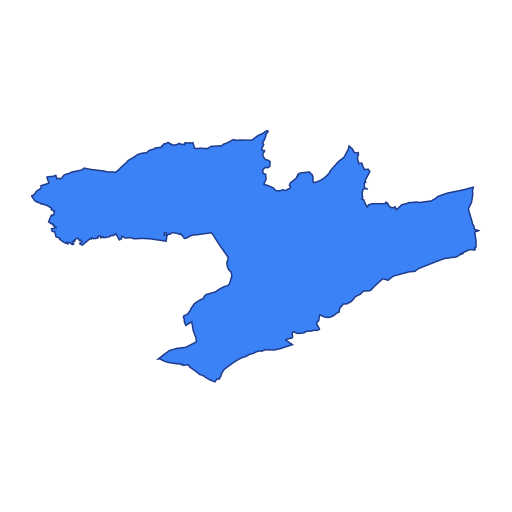 Breznita-Motru, Mehedinti, Romania, rotated 179°
{"feature_id": "2599482B41695775774863", "entity_name": "Breznita-Motru", "entity_type": "district", "adm_level": 2, "iso_a3": "ROU", "parent_name": "Romania", "parent_adm1": "Mehedinti", "projection": "albers", "projection_center": [23.242, 44.564], "detail": "fine", "context": "isolated", "style": "filled", "palette": "blue", "viewbox_px": 512, "rotation_deg": 179, "n_neighbors": 0, "source": "geoboundaries", "source_scale": "gbopen_adm2", "svg_char_len": 6126}
<svg xmlns="http://www.w3.org/2000/svg" viewBox="0 0 512 512"><g transform="rotate(179 256 256)"><path d="M463.6,338.0L461.8,332.4L469.8,330.0L469.6,328.2L470.4,327.1L474.7,324.4L475.1,323.3L476.2,321.9L477.8,320.5L479.1,320.2L479.1,319.5L476.2,315.1L473.1,313.3L472.2,313.3L469.5,311.6L468.4,311.8L465.9,310.7L464.7,310.6L459.4,307.2L459.9,306.0L459.6,305.7L456.8,304.5L457.3,304.0L457.0,302.0L457.7,300.4L458.3,300.6L458.7,300.0L459.9,300.4L462.8,293.7L460.1,291.8L459.4,292.0L458.8,291.7L458.7,290.9L457.6,290.6L457.4,290.1L457.7,289.7L456.6,289.2L456.6,288.4L454.7,288.0L460.1,286.7L459.4,284.4L458.2,283.8L456.8,283.8L455.6,278.7L451.9,277.1L451.9,276.1L448.4,273.4L446.0,272.1L445.0,273.0L444.7,271.8L443.7,271.4L443.6,272.4L441.9,272.8L440.2,271.1L438.8,270.6L438.0,271.5L439.0,272.3L439.2,273.0L438.2,274.3L437.2,273.7L436.8,274.1L437.2,274.7L436.5,275.7L433.9,277.0L433.3,276.5L432.2,274.5L431.1,275.0L429.8,273.4L431.9,271.8L431.9,271.2L429.5,269.9L421.5,276.3L420.5,275.8L419.9,277.1L418.1,276.1L415.2,276.5L413.7,276.9L413.9,278.3L411.3,278.7L411.0,278.3L411.0,277.0L409.9,277.1L409.2,277.9L408.4,277.8L408.5,277.3L407.9,277.0L406.2,277.1L401.7,278.0L400.9,278.9L400.2,279.1L397.9,278.9L397.2,280.0L396.3,280.0L395.7,280.7L392.4,274.5L390.2,275.6L389.8,278.1L386.0,276.2L380.8,276.6L378.7,275.6L376.6,275.3L369.7,275.6L361.2,275.0L345.6,272.4L344.6,278.4L347.3,278.4L347.2,280.6L345.4,280.8L344.3,278.5L342.6,279.5L341.7,279.2L339.8,280.8L335.0,280.2L331.8,278.9L330.8,279.7L330.2,278.5L328.4,276.6L327.3,274.8L325.1,275.2L321.4,277.1L321.5,277.4L317.9,278.3L316.4,278.1L300.2,280.0L298.8,278.3L291.8,266.9L283.8,255.1L284.2,252.7L285.3,249.8L285.0,246.7L283.7,242.9L281.4,240.6L280.5,237.5L280.9,234.8L281.3,234.3L281.4,233.3L283.3,228.2L284.9,226.8L289.0,225.7L293.2,223.5L297.5,220.7L306.6,218.3L308.3,216.7L309.9,214.0L312.2,213.4L317.6,210.0L318.9,208.8L319.9,207.5L320.1,206.6L321.5,205.4L322.7,202.5L324.3,200.8L325.1,199.3L329.4,197.2L329.6,195.7L329.0,194.7L328.8,193.6L328.9,191.9L327.4,187.8L321.4,191.3L320.0,182.3L317.4,175.1L317.2,171.1L328.0,165.9L336.7,165.0L343.9,163.1L349.1,159.6L355.5,154.7L353.8,154.8L350.6,152.9L345.9,151.2L336.5,149.5L334.2,149.8L333.3,148.7L331.2,149.0L331.0,148.1L330.0,147.9L327.3,148.4L324.7,147.8L324.4,146.3L315.9,140.0L314.8,138.7L312.8,138.1L309.6,136.5L308.5,135.5L304.0,132.9L299.6,130.9L299.0,131.1L297.3,133.8L295.7,133.5L294.5,133.8L294.4,135.0L293.4,136.1L292.4,139.1L290.7,142.0L289.1,143.7L280.4,149.9L275.1,153.0L271.0,154.9L267.9,155.7L264.0,157.9L260.6,158.6L257.1,160.3L254.2,161.0L251.9,160.8L247.9,162.1L239.4,161.7L232.9,163.1L221.1,166.7L227.6,171.3L226.8,172.1L222.7,173.2L221.9,173.1L221.0,173.9L220.8,175.2L221.1,176.1L221.1,178.4L220.5,179.1L218.7,179.5L218.2,178.8L215.9,177.8L209.3,178.3L208.2,179.2L205.1,180.2L203.1,179.8L198.6,180.8L196.4,180.5L194.1,181.4L193.8,182.1L195.9,185.8L196.5,187.7L196.2,188.9L195.1,189.4L194.5,190.1L194.2,191.1L193.9,193.7L193.2,196.1L188.4,193.7L187.2,193.5L184.2,193.3L180.6,194.3L176.6,197.2L173.9,198.5L173.5,201.0L173.0,202.4L169.7,206.4L165.9,206.6L161.5,208.9L158.9,211.6L157.9,213.3L152.1,216.2L149.2,219.1L143.6,219.2L141.9,219.7L137.5,224.2L129.6,231.1L124.6,229.5L124.0,229.7L121.4,231.9L118.8,233.6L103.1,237.5L97.2,237.9L95.7,239.3L93.2,240.8L71.0,249.1L67.0,250.3L62.7,250.7L60.5,251.2L58.1,251.1L54.8,251.9L52.5,253.6L49.7,254.6L50.6,255.0L42.7,258.5L40.0,258.6L37.3,258.1L36.7,259.0L37.2,259.7L37.2,260.4L36.1,260.9L35.8,261.9L35.8,267.8L36.5,272.7L36.7,276.3L36.3,276.7L33.8,277.0L32.9,277.6L36.8,278.6L37.7,281.6L37.7,282.5L38.8,283.6L39.4,286.8L42.7,298.4L42.5,300.2L39.6,305.8L38.2,313.5L38.4,317.8L37.5,321.0L47.7,318.5L63.8,315.5L73.1,312.4L75.2,310.6L79.8,308.0L91.8,306.6L95.1,307.2L99.5,306.7L101.7,306.9L104.6,305.7L109.4,304.7L112.6,301.6L115.2,300.0L116.1,302.8L116.7,302.6L116.8,301.9L120.2,302.0L122.8,304.6L123.3,306.4L125.1,307.5L125.7,306.6L125.5,306.2L126.0,306.1L139.6,306.2L141.5,305.3L142.3,305.4L144.1,303.0L146.6,308.1L147.3,310.3L148.9,310.9L149.2,311.5L148.4,312.4L148.8,317.4L148.5,317.7L148.4,319.0L147.9,319.9L147.8,320.7L147.3,321.2L145.3,321.4L143.0,320.8L145.8,322.0L146.3,322.6L146.5,324.9L146.3,326.9L145.0,328.0L145.9,328.9L140.7,338.5L142.3,340.8L145.9,340.5L147.3,343.1L148.7,347.1L151.4,346.6L152.6,350.4L152.8,352.1L152.8,353.8L152.4,354.6L151.9,354.8L151.9,357.5L152.9,357.1L156.1,358.0L157.6,361.2L161.0,364.4L162.0,360.8L166.3,353.1L171.9,349.0L180.1,340.0L181.6,337.2L186.1,333.1L189.5,330.9L194.4,328.8L197.2,328.5L197.9,330.4L197.6,331.7L197.8,334.6L198.6,336.4L199.0,337.0L199.9,337.3L200.7,338.8L201.5,339.1L211.0,338.1L212.8,336.7L213.1,336.1L212.5,335.4L213.6,334.7L214.5,333.1L220.6,328.3L221.4,325.9L220.2,324.4L221.1,322.9L223.8,321.9L224.6,321.1L226.2,321.0L227.9,321.8L230.5,320.9L234.1,320.8L235.2,321.2L237.5,323.8L243.7,326.6L246.6,327.2L246.9,327.6L244.6,332.6L244.9,337.6L247.1,338.2L247.5,339.2L247.8,342.1L245.3,344.3L242.6,344.1L241.2,344.8L240.6,345.6L240.2,349.9L241.4,351.1L243.5,352.0L245.0,352.2L245.7,353.1L247.6,356.6L247.2,358.2L245.5,361.0L245.8,361.4L247.7,361.3L248.6,362.7L246.4,367.2L247.4,369.2L245.4,372.5L244.2,375.5L243.8,377.5L242.0,379.8L241.9,380.7L242.1,381.1L244.1,380.6L246.2,379.0L252.4,376.1L258.1,371.9L271.1,372.2L273.4,371.9L276.6,372.8L283.1,369.5L286.9,368.2L288.4,366.8L299.1,366.4L303.2,363.9L304.1,364.6L305.5,364.3L310.0,364.9L311.7,364.4L315.5,364.8L317.1,370.4L319.4,370.0L320.3,370.5L322.6,369.9L323.4,370.4L325.0,370.4L325.3,370.2L325.5,368.5L327.1,369.0L329.3,369.0L330.2,369.7L331.4,369.9L332.5,368.9L335.9,368.3L338.8,368.9L339.1,369.6L340.5,369.9L340.9,370.7L342.1,371.0L345.1,369.6L346.0,369.9L346.8,368.7L348.3,367.8L348.4,366.4L354.9,365.8L356.0,364.8L359.6,363.9L361.6,363.0L363.4,361.1L367.4,360.9L372.3,359.7L376.9,356.6L382.1,353.8L383.4,352.2L389.6,346.8L391.6,344.7L395.3,342.0L397.4,342.6L402.3,342.5L407.0,343.7L420.1,345.5L426.3,346.9L428.9,344.9L437.4,343.4L439.8,342.7L440.8,342.2L441.2,341.6L443.1,341.6L446.8,340.1L447.8,338.5L450.0,336.6L452.3,337.1L453.9,336.8L454.8,340.2L456.9,339.3L463.5,338.7L463.6,338.0Z" fill="#3b82f6" stroke="#1e3a8a" stroke-width="1.5"/></g></svg>